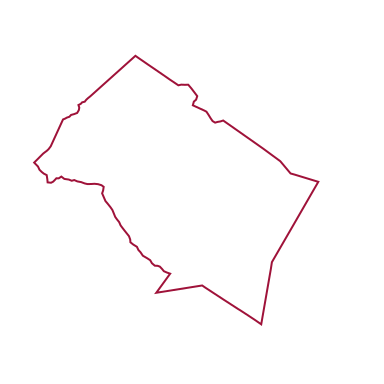 the district of Rio do Antônio, Bahia, Brazil, rotated 315°
{"feature_id": "56859067B81467774065144", "entity_name": "Rio do Antônio", "entity_type": "district", "adm_level": 2, "iso_a3": "BRA", "parent_name": "Brazil", "parent_adm1": "Bahia", "projection": "equal_earth", "projection_center": [-42.128, -14.325], "detail": "fine", "context": "isolated", "style": "outline", "palette": "rose", "viewbox_px": 384, "rotation_deg": 315, "n_neighbors": 0, "source": "geoboundaries", "source_scale": "gbopen_adm2", "svg_char_len": 1637}
<svg xmlns="http://www.w3.org/2000/svg" viewBox="0 0 384 384"><g transform="rotate(315 192 192)"><path d="M248.3,55.7L187.6,52.4L184.9,52.1L182.4,52.0L180.0,52.3L177.7,50.9L175.7,51.0L173.2,50.2L171.9,52.7L169.8,54.1L166.7,54.9L163.6,53.5L161.0,52.0L158.5,52.1L156.1,50.9L154.2,50.4L152.1,49.5L124.4,59.8L120.8,60.3L118.3,60.2L116.3,59.9L114.0,59.6L111.2,59.6L106.8,59.6L103.8,59.6L101.2,59.6L101.1,65.1L99.9,68.4L99.9,71.4L100.2,74.2L101.2,77.3L98.7,80.7L96.7,83.1L98.9,85.8L101.1,86.5L103.5,86.5L105.8,86.4L107.4,88.1L110.5,88.7L111.0,92.5L113.7,96.1L114.9,99.0L117.2,100.3L118.4,103.4L120.6,106.6L122.2,110.1L123.7,112.5L126.3,115.0L128.8,117.2L131.1,120.0L132.8,123.2L133.2,125.9L130.2,128.1L127.5,129.4L125.8,133.7L124.4,137.2L124.1,140.7L123.6,145.1L123.0,148.4L121.8,151.3L120.1,155.3L119.6,158.2L119.2,161.8L117.9,165.1L117.5,167.8L117.0,171.7L116.6,175.2L116.2,178.7L114.7,181.9L112.9,184.0L113.3,187.6L114.3,191.8L113.1,195.1L113.0,198.1L112.2,202.3L113.5,207.3L114.2,210.7L113.3,214.0L113.6,217.8L115.5,219.9L116.5,222.0L116.4,225.3L116.1,228.1L117.3,231.2L118.8,234.3L95.5,238.0L133.1,265.3L133.8,269.1L138.3,290.7L141.8,307.1L142.4,309.5L143.1,312.8L145.9,326.3L147.4,334.5L193.3,302.2L198.9,298.1L239.0,287.4L277.3,277.1L286.7,274.6L288.5,274.1L277.0,252.5L274.8,248.6L276.2,232.7L273.0,211.7L264.6,163.5L262.0,162.2L259.6,160.5L257.4,159.3L256.7,156.4L257.3,153.1L258.3,148.9L259.0,145.4L258.3,143.1L253.9,131.3L257.2,129.4L260.2,129.6L263.5,127.9L264.8,118.4L265.2,113.5L262.6,111.0L260.3,108.5L257.8,106.9L255.8,96.7L254.4,88.9L250.9,70.2L248.9,59.3L248.3,55.7Z" fill="none" stroke="#9f1239" stroke-width="2"/></g></svg>